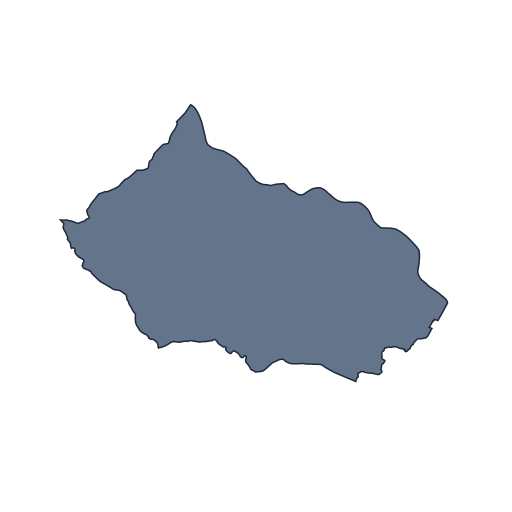 the district of Remeti, Maramures, Romania, rotated 20°
{"feature_id": "2599482B63356743663570", "entity_name": "Remeti", "entity_type": "district", "adm_level": 2, "iso_a3": "ROU", "parent_name": "Romania", "parent_adm1": "Maramures", "projection": "robinson", "projection_center": [23.579, 47.979], "detail": "fine", "context": "isolated", "style": "filled", "palette": "slate", "viewbox_px": 512, "rotation_deg": 20, "n_neighbors": 0, "source": "geoboundaries", "source_scale": "gbopen_adm2", "svg_char_len": 6073}
<svg xmlns="http://www.w3.org/2000/svg" viewBox="0 0 512 512"><g transform="rotate(20 256 256)"><path d="M221.0,359.6L222.7,358.2L224.0,357.7L227.3,357.2L230.9,356.4L231.9,356.4L234.8,354.9L237.9,353.7L243.3,350.7L244.1,350.4L244.3,349.7L245.0,349.1L245.4,348.8L246.1,348.6L246.4,348.6L247.6,349.1L250.8,351.3L253.2,351.9L256.4,352.7L256.9,352.6L257.6,352.0L258.0,351.9L258.8,352.2L259.3,352.7L259.3,353.3L259.2,353.8L259.4,354.1L260.6,355.1L261.8,355.7L264.1,356.4L265.5,356.3L265.9,356.0L266.6,353.8L267.0,353.2L267.7,352.7L268.6,352.8L271.2,353.2L272.7,353.7L274.0,354.3L275.7,355.9L276.7,356.3L277.6,356.3L278.4,355.8L279.4,353.7L279.7,353.3L280.5,353.5L281.4,354.0L281.6,355.1L281.6,356.5L282.2,358.3L282.7,358.9L283.5,359.6L285.3,360.5L287.0,361.7L290.3,364.5L292.5,364.6L295.2,365.2L300.7,362.5L301.7,361.8L302.6,360.6L303.6,359.0L306.0,354.5L306.6,353.5L307.4,351.5L308.6,350.1L311.1,347.7L312.5,346.2L313.9,345.0L315.9,344.0L317.7,344.0L319.6,344.8L321.8,345.2L323.7,345.3L326.0,345.1L327.5,344.7L329.7,343.9L333.3,342.5L335.7,341.3L338.4,340.6L340.1,340.3L341.5,339.9L345.8,338.3L346.9,338.1L349.6,337.1L352.1,336.4L352.6,336.1L354.2,335.9L355.5,335.9L359.5,337.0L361.7,337.4L370.3,338.7L392.7,339.8L392.5,338.9L392.5,337.1L392.6,336.2L393.2,335.2L393.3,334.5L393.2,333.9L392.6,332.9L392.2,332.0L392.1,331.2L392.5,331.1L393.6,329.7L394.1,328.7L396.4,328.0L397.5,328.1L400.1,327.7L401.2,327.6L405.6,326.4L410.7,325.8L412.2,325.2L413.3,323.5L413.9,322.2L413.8,321.6L413.3,320.7L412.4,320.0L412.0,319.6L412.1,318.7L411.8,318.3L411.9,317.9L411.8,316.8L411.4,315.9L411.2,315.0L411.2,314.8L411.4,314.6L412.3,313.8L413.1,310.6L413.0,310.4L412.0,309.9L410.3,309.8L409.8,309.6L409.4,309.2L409.0,308.8L408.9,307.5L407.6,304.8L407.1,303.7L407.2,303.2L408.3,301.5L408.2,301.4L408.5,301.0L408.4,298.3L409.1,298.0L410.5,297.2L411.4,296.4L412.6,296.2L414.5,295.5L415.5,294.9L416.1,294.4L416.1,294.2L416.3,294.1L417.4,293.7L418.5,293.7L419.7,293.4L420.2,293.3L421.2,293.6L422.7,293.6L424.0,293.3L426.1,293.2L427.6,292.8L427.7,293.0L427.3,293.3L427.4,293.6L428.4,294.3L428.8,293.9L429.1,293.9L429.1,294.5L429.4,294.7L429.8,294.3L430.5,293.8L431.2,292.2L432.1,290.8L432.4,289.9L432.5,287.9L432.6,287.3L434.0,285.2L433.9,284.0L434.3,282.6L435.4,280.2L435.7,279.3L436.0,278.9L436.5,278.3L438.9,277.6L440.2,277.0L441.0,276.3L443.5,275.0L444.2,274.0L444.2,273.6L444.6,273.1L445.0,271.2L445.3,269.0L446.1,263.9L443.1,263.9L443.4,263.3L443.5,262.8L444.1,258.7L444.3,256.5L445.2,256.5L445.2,254.6L449.0,254.4L450.4,246.1L452.1,234.7L451.0,233.1L450.1,232.3L448.8,231.5L446.4,230.5L439.4,228.1L435.8,227.1L430.0,225.7L427.7,224.9L425.9,223.9L419.9,221.8L418.3,221.0L417.1,220.2L415.8,218.9L414.5,217.3L413.5,215.9L412.9,213.6L412.1,208.7L410.6,203.2L409.3,199.2L407.4,195.2L407.0,194.8L405.8,193.9L402.8,191.9L395.6,188.3L392.7,186.9L389.9,185.7L386.9,184.9L384.7,184.1L382.2,183.5L378.5,183.0L377.0,183.1L374.3,183.5L371.7,184.2L365.5,186.3L364.0,186.7L363.3,186.7L363.2,186.6L361.2,186.0L356.5,184.0L354.6,183.0L352.4,181.1L348.7,177.1L347.1,175.5L344.7,173.8L341.6,172.3L338.0,171.0L335.1,170.5L332.8,170.8L323.9,174.1L321.6,175.1L320.7,175.4L318.8,175.9L314.6,176.1L311.6,175.6L307.6,174.4L306.1,173.6L302.3,172.3L300.6,171.5L297.1,170.3L293.5,169.9L292.2,170.2L289.2,171.5L286.4,173.3L285.3,174.3L282.8,177.4L281.9,178.5L281.3,179.5L279.2,182.1L278.3,182.9L277.4,183.3L275.9,183.6L274.0,183.7L270.4,182.8L266.3,182.3L264.2,181.6L262.5,180.8L260.8,179.7L258.7,178.8L257.5,178.5L256.7,178.7L250.1,181.8L245.5,184.9L243.3,185.0L238.3,186.3L236.1,186.4L234.3,186.3L230.9,185.7L230.0,185.4L227.6,183.9L226.5,183.4L220.8,179.8L217.4,177.4L217.2,177.3L213.3,176.0L205.1,172.0L203.2,171.3L196.0,169.6L190.8,168.7L188.7,168.6L183.6,169.2L178.2,169.4L177.2,169.2L173.0,168.0L172.2,167.4L170.0,165.4L166.0,159.0L159.4,149.1L154.8,143.7L152.7,141.6L149.7,139.1L148.2,138.0L145.1,136.7L142.8,136.2L140.4,146.0L135.4,157.1L136.3,157.9L136.7,158.6L136.8,160.3L136.7,161.9L136.4,165.3L135.6,167.1L135.0,170.1L134.8,171.8L134.6,174.8L135.0,176.0L135.1,179.1L134.9,180.4L131.4,182.4L130.6,183.1L129.9,184.4L129.1,186.1L127.2,190.3L125.1,195.2L125.5,196.2L125.4,196.8L125.2,199.0L125.3,200.3L124.9,201.3L124.0,202.6L123.6,203.5L123.6,204.4L124.6,210.1L124.3,210.7L121.0,213.6L119.5,214.4L114.8,216.1L113.8,218.0L111.7,222.2L109.9,225.4L108.0,227.8L106.8,228.8L104.4,234.1L103.6,236.8L101.1,240.0L94.6,246.2L92.1,247.3L87.1,251.4L85.8,255.1L85.2,257.4L84.0,260.6L82.8,264.8L82.6,267.5L81.4,270.1L81.7,271.9L83.8,274.7L86.3,276.7L86.1,277.8L84.0,279.4L83.1,281.5L77.3,286.4L71.0,286.2L68.3,286.8L65.6,286.9L64.1,287.7L59.9,289.0L62.6,290.4L63.2,290.6L64.4,291.3L65.0,295.4L66.9,297.3L69.6,299.5L71.0,301.2L72.0,302.1L72.4,302.5L73.0,303.6L73.0,304.8L77.3,307.6L78.3,309.7L79.4,311.3L80.1,311.9L80.9,311.1L81.8,310.7L83.1,311.1L83.5,311.5L83.9,312.7L83.8,313.2L84.3,313.6L85.1,315.0L87.1,316.4L87.8,316.8L89.1,317.0L89.3,317.0L89.6,317.6L91.7,317.7L92.8,318.2L94.6,318.3L95.8,319.0L96.0,319.6L95.9,322.4L96.0,324.5L96.3,325.0L97.6,326.0L98.5,326.5L98.9,326.3L99.9,326.6L100.4,326.4L100.8,326.6L102.8,326.6L104.8,327.0L105.7,326.8L106.6,327.3L106.8,327.9L108.2,328.8L109.8,329.5L110.2,329.9L110.9,330.0L115.7,332.2L118.1,333.2L126.9,334.7L133.6,336.1L134.3,336.1L138.8,335.1L140.1,335.1L142.7,335.6L144.1,336.1L147.4,337.0L148.3,338.6L149.1,339.9L149.6,340.9L151.8,342.6L153.2,344.6L156.7,347.4L159.0,349.6L162.2,351.6L162.7,352.0L163.0,352.8L163.5,354.9L165.0,358.5L165.9,359.9L166.8,361.2L167.8,362.2L169.5,363.4L171.0,364.8L172.3,365.7L173.8,366.3L174.5,366.7L175.6,367.0L177.4,367.2L178.1,367.4L179.4,367.2L179.9,367.3L182.7,368.9L183.1,369.3L183.5,369.9L184.0,369.7L185.1,370.3L185.9,370.2L186.9,369.8L188.6,369.5L189.0,369.6L189.5,370.0L190.7,370.3L191.4,370.8L192.1,371.0L193.0,371.5L193.5,372.0L194.0,372.9L194.7,373.6L194.9,374.2L195.0,374.8L195.6,375.6L195.9,375.8L196.4,375.3L197.6,374.6L199.4,373.3L200.9,371.9L202.0,370.8L202.8,369.8L204.1,368.4L205.6,366.2L207.3,364.9L208.2,364.5L213.7,363.2L216.0,361.7L218.6,360.2L221.0,359.6Z" fill="#64748b" stroke="#1e293b" stroke-width="1.5"/></g></svg>